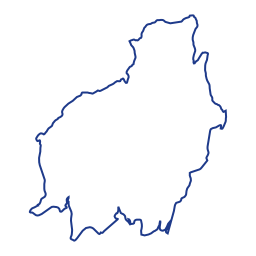 the border of Kalimantan Tengah
{"feature_id": "IDN-1931", "entity_name": "Kalimantan Tengah", "entity_type": "Province", "adm_level": 1, "iso_a3": "IDN", "parent_name": "Indonesia", "parent_adm1": "", "projection": "equal_earth", "projection_center": [113.429, -1.416], "detail": "fine", "context": "isolated", "style": "outline", "palette": "blue", "viewbox_px": 256, "rotation_deg": 0, "n_neighbors": 0, "source": "natural_earth", "source_scale": "10m", "svg_char_len": 5765}
<svg xmlns="http://www.w3.org/2000/svg" viewBox="0 0 256 256"><path d="M167.7,233.4L166.9,232.9L166.2,232.4L165.9,231.5L165.9,230.5L166.3,229.7L167.0,229.3L167.4,228.8L168.2,225.4L169.3,223.8L169.6,223.0L169.8,221.8L168.2,223.7L166.9,226.8L165.3,229.6L162.9,230.7L161.6,230.5L160.5,230.0L159.9,228.9L159.7,227.2L160.4,222.1L160.2,220.7L159.9,221.7L159.5,224.0L159.4,225.2L159.3,225.5L158.8,226.0L157.3,229.3L154.9,230.9L153.7,231.4L151.2,233.3L148.5,234.5L144.6,235.4L141.4,234.6L141.1,230.7L141.6,228.6L141.9,226.4L141.8,224.1L141.0,220.4L140.6,219.9L139.9,219.7L136.6,219.7L135.8,219.9L135.0,220.4L134.4,221.2L134.0,223.2L133.3,223.7L131.1,224.0L130.6,223.8L130.3,223.2L130.1,221.2L129.7,220.3L129.2,219.5L128.6,219.3L130.3,223.6L130.5,225.0L128.5,222.0L126.8,220.5L126.3,220.0L125.8,219.4L125.3,217.8L125.1,216.2L124.7,215.6L124.0,214.8L123.1,214.1L121.9,213.6L120.8,213.0L118.3,206.7L118.3,210.4L117.6,212.7L117.2,213.2L116.6,213.2L116.3,213.4L114.9,215.3L114.6,216.3L115.0,217.3L115.7,218.3L116.1,218.6L117.7,218.9L117.7,219.3L104.1,231.1L102.9,232.5L102.1,232.9L100.7,232.5L100.4,233.2L100.1,233.6L99.3,234.0L98.5,233.6L93.3,228.5L91.7,227.6L89.9,227.2L86.0,228.0L82.7,230.7L77.1,238.2L75.5,240.0L74.5,240.6L73.8,240.5L73.1,240.0L71.3,239.2L70.7,238.6L70.7,237.5L71.6,235.2L71.8,234.1L72.1,230.8L72.1,229.7L71.0,220.7L71.1,218.3L71.7,214.0L71.3,211.7L68.9,205.9L68.6,203.9L68.6,201.6L67.9,201.0L67.8,200.5L68.0,199.5L68.6,198.0L68.6,197.1L68.0,197.5L67.4,198.2L66.9,199.0L66.7,199.8L67.0,202.9L66.8,203.4L66.1,204.2L65.4,205.3L65.4,205.7L65.6,206.1L66.0,206.4L66.7,207.2L66.7,207.6L66.6,207.8L66.3,207.8L66.2,208.0L64.5,208.8L62.0,211.2L61.5,211.6L60.8,211.7L60.1,211.4L59.8,210.6L59.3,208.9L58.2,207.7L56.7,207.1L53.5,206.7L51.9,206.9L50.9,207.5L41.7,214.0L38.8,215.3L37.2,215.5L35.8,215.1L32.6,212.7L31.9,212.5L30.5,212.5L29.9,212.1L29.9,211.4L30.3,210.6L30.6,210.0L31.8,208.6L33.1,207.9L34.4,207.4L37.7,205.6L38.1,205.5L37.8,204.8L39.3,204.0L39.6,203.7L40.4,202.1L41.0,199.9L41.4,199.0L42.0,198.5L44.7,196.8L45.4,195.7L45.6,195.0L45.7,194.2L45.6,193.4L45.2,192.3L44.7,191.1L44.5,190.3L44.3,188.8L44.3,184.0L44.8,180.9L44.7,179.7L39.8,165.2L39.2,162.3L39.1,158.7L39.1,157.8L40.3,151.6L40.4,147.9L40.7,145.9L40.7,145.1L40.4,144.6L39.9,143.8L39.9,143.5L40.1,142.1L40.1,141.4L40.0,140.8L39.8,140.4L39.5,140.3L37.9,141.1L37.4,141.0L36.9,140.5L36.6,139.9L36.3,139.3L36.2,138.7L36.2,138.3L36.5,137.8L37.7,135.9L38.4,135.0L39.8,133.8L40.7,133.4L41.4,133.4L43.0,133.8L43.5,134.3L44.0,134.3L44.5,134.0L46.0,132.1L46.6,131.5L47.9,129.3L48.7,128.3L50.7,126.9L52.0,125.8L52.8,123.6L53.3,122.7L53.7,122.4L54.5,121.3L55.5,120.3L57.7,119.0L58.3,118.0L60.4,117.0L61.7,116.0L62.2,115.4L62.5,114.5L62.5,113.8L62.1,112.3L62.1,111.6L62.3,110.9L62.5,110.3L63.7,108.2L64.6,107.1L68.4,103.6L72.8,100.8L76.9,97.0L80.4,95.6L81.4,94.5L81.6,93.4L81.9,92.9L82.2,92.6L82.7,92.5L87.4,92.5L89.3,93.0L90.9,93.2L92.3,93.6L92.9,93.5L96.4,91.5L97.8,90.5L98.3,90.6L99.5,91.0L100.5,90.8L107.4,87.3L108.8,85.9L112.8,84.1L114.0,83.3L115.0,82.4L117.1,81.1L117.9,81.1L119.2,81.3L120.2,81.1L121.0,79.5L121.7,79.3L122.8,78.6L123.1,78.6L123.7,79.2L124.6,81.2L125.7,82.6L126.0,82.9L126.8,82.8L127.1,82.3L127.8,79.6L128.6,77.4L128.6,76.8L128.6,76.1L127.9,74.5L127.6,74.1L126.9,73.6L126.7,73.3L126.6,72.9L126.7,71.7L127.4,70.3L129.6,67.2L130.0,66.8L131.6,66.1L132.5,64.7L133.4,64.3L133.6,64.0L133.7,62.8L134.3,60.7L135.5,57.8L135.5,56.5L134.7,52.9L134.6,51.4L134.5,50.6L133.6,48.1L133.1,47.2L131.7,45.7L131.2,45.1L130.5,43.3L129.5,41.2L130.8,40.5L132.3,40.0L133.4,39.6L134.2,39.6L135.5,40.3L136.7,40.2L137.5,40.4L138.0,40.2L138.5,39.8L139.7,38.4L140.2,38.1L141.1,37.8L141.4,37.2L141.6,36.0L141.5,34.2L141.7,33.4L142.0,32.6L143.1,31.0L144.2,28.1L144.5,27.6L145.4,26.8L146.1,25.7L147.0,24.8L148.1,24.3L150.6,23.9L152.3,22.9L154.5,22.5L155.1,22.2L155.4,21.9L156.4,20.7L157.1,20.2L157.7,20.1L159.4,20.1L161.0,19.9L162.8,20.0L163.9,20.6L164.9,21.5L165.4,21.9L170.3,23.3L181.4,21.6L182.2,20.9L183.0,19.8L184.2,18.9L186.1,18.0L188.0,17.5L188.9,17.1L189.3,16.9L189.6,16.0L189.9,15.6L192.4,15.4L193.1,15.4L193.6,15.6L193.8,16.0L194.1,16.9L195.2,17.7L195.5,18.1L196.1,19.7L196.5,20.3L196.7,20.8L196.9,23.0L197.5,24.9L197.5,25.4L197.4,26.2L197.2,26.8L195.5,29.0L193.2,35.0L192.8,36.9L192.7,37.7L192.7,39.8L193.4,42.2L193.5,44.8L194.9,48.4L195.2,49.8L195.2,50.4L195.2,51.0L193.9,54.9L193.3,57.6L193.2,59.1L193.3,59.6L193.6,60.3L193.7,60.8L193.5,62.1L193.6,62.7L193.9,63.4L194.6,63.3L195.9,61.5L197.8,60.2L198.3,59.4L198.7,58.6L201.7,53.8L202.7,52.7L203.3,52.8L205.2,52.4L207.6,53.1L207.9,53.5L208.0,53.9L207.6,55.5L207.0,59.8L205.8,62.8L205.5,63.7L205.2,65.5L205.1,69.4L205.1,70.3L205.8,73.2L205.9,75.8L206.6,78.8L207.3,80.7L209.3,84.4L209.5,85.3L209.6,86.2L209.7,88.3L210.6,94.5L210.8,95.1L212.1,97.3L212.3,98.1L212.3,100.3L212.6,100.9L214.6,103.0L215.4,103.7L216.8,104.1L218.0,104.9L218.9,105.1L219.9,106.0L220.6,107.0L221.3,109.0L222.3,110.0L222.6,110.8L223.2,111.7L223.7,111.9L224.9,111.1L225.7,110.7L226.1,117.1L225.9,117.9L225.8,120.5L225.6,121.7L223.6,126.5L222.9,127.8L222.4,128.6L221.9,128.8L220.7,128.5L221.1,126.3L221.1,125.5L220.8,125.1L220.3,125.1L219.4,125.4L215.9,127.4L212.8,128.1L211.0,129.0L210.6,129.5L210.4,130.0L210.1,131.1L207.6,146.3L207.5,148.1L207.7,149.6L208.5,152.3L208.4,153.5L207.7,155.3L207.0,156.5L206.5,157.5L206.4,158.1L207.3,160.5L201.7,167.5L200.5,168.8L199.5,169.4L197.7,170.0L190.8,172.3L189.8,172.9L189.8,175.6L190.4,177.5L190.7,178.1L190.9,180.4L190.8,181.0L190.0,183.1L189.4,185.4L187.6,187.9L187.1,188.8L186.5,191.0L186.1,194.5L185.7,195.4L184.5,196.9L181.8,198.2L181.5,198.5L181.3,198.9L181.3,199.5L181.0,200.3L180.6,201.0L180.1,201.5L179.3,201.9L176.4,202.8L176.2,202.9L175.2,204.6L174.8,205.9L173.9,211.0L167.7,233.4Z" fill="none" stroke="#1e3a8a" stroke-width="2"/></svg>